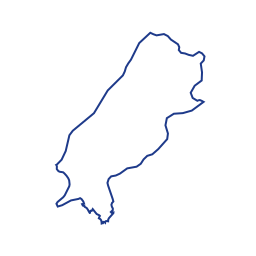 the Province of Aydin, rotated 316°
{"feature_id": "TUR-2229", "entity_name": "Aydin", "entity_type": "Province", "adm_level": 1, "iso_a3": "TUR", "parent_name": "Turkey", "parent_adm1": "", "projection": "natural_earth1", "projection_center": [27.708, 37.721], "detail": "fine", "context": "isolated", "style": "outline", "palette": "blue", "viewbox_px": 256, "rotation_deg": 316, "n_neighbors": 0, "source": "natural_earth", "source_scale": "10m", "svg_char_len": 1695}
<svg xmlns="http://www.w3.org/2000/svg" viewBox="0 0 256 256"><g transform="rotate(316 128 128)"><path d="M66.4,170.7L64.5,170.8L62.7,171.7L61.7,173.5L61.2,175.3L60.0,176.5L57.3,176.5L57.3,177.5L58.9,178.6L58.3,179.1L51.7,179.6L50.2,180.1L48.9,181.3L48.1,180.2L47.3,179.6L46.5,179.6L45.8,180.2L45.7,179.2L45.5,178.8L45.1,178.4L44.2,179.0L43.9,179.1L43.6,178.8L42.7,178.4L43.8,177.1L44.6,175.7L44.8,174.3L44.3,172.7L46.0,171.9L46.7,171.7L46.7,170.8L45.7,168.1L46.3,161.8L44.3,162.4L43.7,161.6L43.0,161.6L42.1,162.2L41.3,163.2L41.8,160.9L42.4,158.8L42.7,156.8L42.1,154.7L42.5,153.8L42.0,153.2L41.6,152.4L42.1,150.9L43.8,152.0L44.8,149.8L45.2,146.8L44.8,145.2L43.1,144.6L36.7,140.5L27.0,137.8L22.9,135.7L23.9,132.8L25.9,132.3L33.3,132.8L35.7,132.5L45.3,129.1L46.8,128.0L49.3,124.8L50.1,122.7L50.6,119.6L50.7,116.6L50.6,114.9L49.7,113.6L48.7,112.4L48.0,110.8L48.2,108.2L48.6,107.7L50.0,106.4L50.6,105.4L50.7,104.8L50.9,104.9L58.2,104.7L67.2,101.3L80.8,92.5L86.4,91.6L113.8,93.7L139.5,86.9L160.9,86.6L164.9,85.1L168.8,82.9L173.1,81.7L177.6,80.9L195.1,74.7L210.2,75.0L211.4,78.2L212.9,81.2L219.1,85.4L220.5,89.5L220.3,94.2L222.1,102.5L221.0,105.5L218.7,107.2L218.4,110.8L220.8,114.0L222.5,117.6L224.9,121.2L232.0,122.6L233.1,125.7L232.8,129.6L229.4,132.0L225.1,132.2L219.9,139.4L214.0,145.0L205.4,143.9L197.6,146.2L195.4,151.3L196.8,156.6L197.9,157.0L199.1,157.8L199.9,159.7L200.5,161.7L186.0,159.8L177.8,155.4L170.9,149.6L162.8,147.9L156.8,152.1L152.9,159.7L148.5,163.2L135.0,164.2L127.2,163.8L122.5,161.4L117.4,161.4L112.3,162.6L107.3,161.8L99.4,156.5L90.5,155.2L86.2,153.7L82.3,151.1L78.6,151.3L75.1,153.2L73.7,155.6L67.7,168.4L66.4,170.7Z" fill="none" stroke="#1e3a8a" stroke-width="2"/></g></svg>